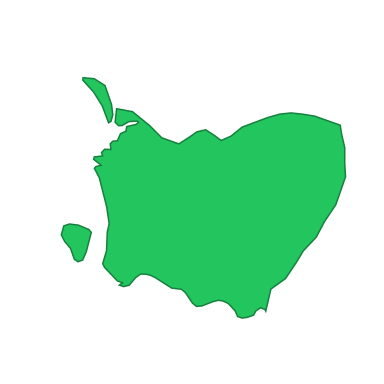 the district of Paechon, Hwanghae-namdo, North Korea, rotated 109°
{"feature_id": "82179303B51934598994225", "entity_name": "Paechon", "entity_type": "district", "adm_level": 2, "iso_a3": "PRK", "parent_name": "North Korea", "parent_adm1": "Hwanghae-namdo", "projection": "orthographic", "projection_center": [126.283, 37.948], "detail": "fine", "context": "isolated", "style": "filled", "palette": "green", "viewbox_px": 384, "rotation_deg": 109, "n_neighbors": 0, "source": "geoboundaries", "source_scale": "gbopen_adm2", "svg_char_len": 1581}
<svg xmlns="http://www.w3.org/2000/svg" viewBox="0 0 384 384"><g transform="rotate(109 192 192)"><path d="M286.2,120.2L290.3,112.6L294.9,108.3L294.9,103.5L292.4,98.7L288.4,93.7L283.7,92.9L279.3,89.7L279.3,84.8L280.6,83.5L258.1,85.8L243.4,75.4L223.7,70.2L211.4,67.6L194.2,59.8L176.9,57.1L157.2,51.9L140.0,51.8L127.6,51.8L115.3,56.9L100.4,62.0L88.0,69.7L80.6,73.6L80.5,77.5L80.5,82.6L80.4,93.0L80.3,100.8L82.6,113.7L85.0,124.1L89.8,134.4L97.1,144.8L114.2,165.6L126.5,173.4L133.8,181.2L131.3,189.0L128.7,199.3L133.6,207.1L140.9,212.3L150.8,220.1L150.6,238.2L143.0,253.7L135.4,274.4L137.8,290.4L139.1,290.1L151.1,287.4L153.2,283.0L151.9,279.7L146.0,274.6L142.9,267.3L143.6,265.3L146.2,266.7L151.4,275.0L156.1,274.3L160.1,278.6L168.0,279.3L169.8,283.5L173.1,285.0L178.2,282.5L180.0,288.5L184.1,290.4L187.0,288.3L190.7,295.9L193.2,295.5L196.3,286.6L199.2,291.1L201.4,292.0L205.4,287.8L208.7,284.3L233.7,267.9L248.9,260.0L257.3,259.1L275.4,253.7L288.8,253.1L291.8,250.1L300.1,234.1L300.4,233.6L300.4,228.1L303.7,230.4L303.7,225.9L300.7,221.1L291.3,217.4L286.4,213.9L284.7,208.8L284.3,204.0L284.9,198.9L289.5,179.9L287.4,170.3L289.3,165.5L296.9,155.4L298.7,150.5L296.6,145.7L288.8,136.4L285.7,131.6L285.0,127.1L285.5,122.2L286.2,120.2ZM275.1,301.6L280.1,296.4L285.0,288.4L293.9,281.4L295.1,277.1L291.9,273.2L282.8,272.5L263.0,274.1L261.1,277.1L260.3,288.6L262.2,297.5L265.8,302.2L275.1,301.6ZM121.8,331.6L129.5,317.6L139.8,304.9L153.7,293.4L151.6,291.6L144.8,292.0L135.4,296.6L119.7,308.9L116.7,321.3L119.4,332.2L121.8,331.6Z" fill="#22c55e" stroke="#15803d" stroke-width="1.5"/></g></svg>